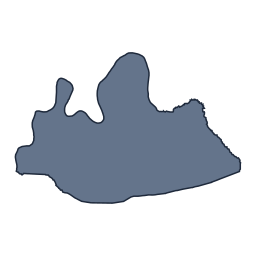 the district of Tumana, Upper River, Gambia
{"feature_id": "56634734B54781332377439", "entity_name": "Tumana", "entity_type": "district", "adm_level": 2, "iso_a3": "GMB", "parent_name": "Gambia", "parent_adm1": "Upper River", "projection": "mercator", "projection_center": [-14.08, 13.369], "detail": "fine", "context": "isolated", "style": "filled", "palette": "slate", "viewbox_px": 256, "rotation_deg": 0, "n_neighbors": 0, "source": "geoboundaries", "source_scale": "gbopen_adm2", "svg_char_len": 5507}
<svg xmlns="http://www.w3.org/2000/svg" viewBox="0 0 256 256"><path d="M91.1,202.8L98.1,202.9L98.6,202.9L112.2,203.1L113.9,202.9L119.0,202.1L123.6,201.4L130.8,197.1L131.3,196.9L133.9,196.2L137.4,196.2L137.7,196.2L138.8,196.1L140.0,196.0L142.2,195.7L142.9,195.6L144.6,195.5L145.3,195.4L148.6,194.9L152.6,195.0L155.1,194.8L157.3,194.4L164.0,193.6L164.4,193.5L164.6,193.5L165.4,193.5L166.5,193.0L175.8,190.6L177.3,190.5L182.3,189.3L183.2,189.1L189.2,188.0L191.3,187.6L192.3,187.6L195.0,186.7L198.3,186.1L200.0,185.6L207.1,183.6L211.1,182.5L211.0,182.4L211.4,182.2L216.9,180.2L219.8,179.0L234.7,173.3L239.4,171.5L239.4,171.3L239.5,171.1L239.5,170.2L240.3,169.2L240.3,167.2L240.3,165.6L240.3,163.4L240.6,162.9L239.9,162.1L239.6,161.2L240.0,160.9L239.8,159.9L239.1,159.0L239.0,158.7L238.9,158.6L238.6,158.2L238.4,157.9L237.5,158.1L237.0,157.8L235.8,156.6L234.7,156.5L233.1,154.6L232.1,154.6L231.2,152.7L230.1,152.3L228.9,149.1L227.9,149.0L226.8,147.6L226.9,146.9L225.1,146.8L224.3,145.5L224.0,144.3L222.4,143.4L222.4,142.2L221.4,141.6L221.1,139.6L220.1,138.9L218.7,137.4L217.8,137.0L217.3,136.3L217.0,135.4L217.0,135.0L215.4,135.0L214.6,134.6L213.9,134.1L213.9,133.5L213.0,132.9L212.7,132.4L212.4,131.9L212.2,131.8L212.0,131.7L212.0,131.2L212.0,130.9L212.0,130.6L211.6,130.3L211.1,130.6L210.8,130.6L210.6,130.3L210.2,129.4L209.5,129.0L207.6,126.6L207.3,125.1L206.5,124.2L207.3,123.2L207.1,122.3L206.9,121.4L206.3,120.8L206.3,119.8L205.9,119.3L205.9,117.7L205.0,117.2L204.3,116.9L203.9,116.2L204.0,115.1L204.4,114.3L204.5,112.4L204.2,111.8L203.4,111.9L203.1,111.9L202.8,111.5L202.5,108.4L204.3,108.3L203.8,107.5L203.5,106.9L203.0,106.6L202.9,106.4L203.4,105.9L202.6,105.3L202.9,104.6L202.9,104.2L202.0,104.5L201.7,104.3L201.4,104.1L201.4,103.8L201.4,103.0L199.5,103.2L199.3,102.7L199.0,102.4L199.1,101.8L198.3,101.8L197.9,100.6L197.4,100.6L197.3,100.0L196.1,100.1L195.5,99.5L194.3,99.3L194.3,99.9L193.5,99.9L192.3,100.0L191.7,99.3L190.9,100.3L190.2,100.1L190.2,101.2L189.2,102.2L189.1,102.7L187.2,103.7L186.1,103.4L185.5,103.5L184.5,103.6L184.3,104.7L183.4,104.7L182.6,105.5L181.5,106.3L179.7,107.0L179.7,106.5L179.2,106.4L178.7,106.0L177.2,107.5L176.4,107.3L175.8,107.3L175.5,108.2L174.6,108.1L173.5,109.3L173.4,110.2L173.4,111.2L172.9,112.0L170.0,112.0L168.2,111.6L167.5,111.6L166.7,111.1L165.7,111.6L165.4,111.9L164.2,111.6L163.9,111.4L163.7,111.2L163.7,111.5L163.1,111.5L162.5,111.5L161.9,111.6L160.8,111.5L159.3,111.6L157.7,110.7L156.7,109.8L156.5,108.8L155.8,107.5L155.0,106.7L153.9,105.7L150.9,103.0L150.5,102.6L149.9,101.6L148.9,99.3L148.2,96.7L148.3,93.9L148.1,92.7L147.7,90.2L147.7,87.9L148.0,84.0L148.2,82.0L148.4,80.5L148.8,76.9L149.0,75.5L149.0,75.0L149.0,72.7L148.5,70.0L147.7,67.7L147.4,66.8L146.4,63.3L145.4,60.9L144.8,59.2L143.8,57.4L142.2,56.0L139.2,54.5L139.0,54.4L137.4,53.9L134.2,53.2L132.6,52.9L131.4,52.9L130.5,52.9L128.6,53.0L126.9,53.8L125.3,55.0L124.6,55.4L124.0,55.6L121.1,57.2L120.3,57.5L118.5,59.4L117.4,60.3L116.3,61.6L115.0,63.7L114.8,64.5L113.2,66.8L113.1,67.0L111.4,69.2L110.4,70.8L108.8,72.9L108.3,73.8L106.3,76.8L104.4,78.8L103.6,79.5L103.1,79.9L102.3,80.8L100.6,82.1L100.0,82.8L98.9,84.6L98.5,86.0L98.0,87.9L97.5,90.1L97.6,89.9L97.3,90.9L97.3,92.1L97.2,92.9L97.2,93.9L97.2,94.4L97.2,94.8L97.2,95.4L97.3,96.6L97.5,97.9L97.5,98.2L97.6,99.4L98.3,102.2L98.6,103.3L99.3,104.9L99.9,106.1L101.9,110.6L102.2,111.6L102.8,113.2L103.8,116.6L103.8,119.0L103.6,119.6L102.6,121.2L101.2,122.5L99.0,123.1L97.1,123.1L94.9,122.3L93.2,121.4L91.6,120.2L91.0,119.6L89.6,118.4L88.5,116.9L87.7,116.0L87.2,115.3L86.5,114.2L85.1,112.8L84.5,112.4L82.9,111.5L81.7,111.0L80.1,110.9L80.1,111.0L78.8,111.2L77.5,112.0L76.3,112.9L74.3,114.7L72.2,116.0L69.0,116.3L67.8,116.2L66.6,115.6L65.7,114.4L65.3,113.5L64.7,112.2L64.6,110.7L64.6,108.7L64.9,107.0L65.7,104.7L66.8,103.1L67.5,101.9L68.1,100.8L68.3,99.7L69.0,99.2L70.0,96.5L72.8,90.1L73.0,88.5L72.7,87.3L72.2,85.5L71.6,84.5L70.7,83.5L69.6,82.3L68.9,82.0L68.7,81.9L67.8,81.4L66.9,80.8L66.1,80.1L65.2,79.7L64.6,79.3L62.9,78.7L61.9,78.4L61.0,78.3L60.1,78.5L58.9,79.2L58.0,80.6L57.1,82.4L57.1,83.3L56.5,86.2L56.5,90.1L56.5,92.3L55.8,102.7L54.9,104.9L54.2,106.5L53.1,107.9L52.1,108.8L50.4,109.9L48.4,110.8L47.4,111.5L46.2,111.8L44.7,111.9L43.0,111.9L42.7,111.8L40.5,111.4L39.2,111.0L38.1,111.0L36.5,111.2L35.5,112.1L35.1,114.4L34.7,115.5L34.3,116.9L32.6,121.0L32.6,121.5L32.3,122.4L32.2,124.1L32.3,127.0L32.7,128.5L33.2,130.1L33.7,133.1L33.7,135.1L34.1,136.7L33.8,138.7L33.8,140.4L33.7,140.6L33.3,141.5L32.7,143.0L32.3,143.8L29.6,145.8L28.8,145.9L26.9,145.9L26.6,145.9L22.1,146.5L19.0,147.9L18.1,148.9L17.4,151.1L15.6,154.8L15.6,155.2L15.4,156.5L15.4,157.3L15.5,158.1L15.9,160.5L16.2,161.9L16.6,163.6L16.7,164.1L16.9,165.1L16.9,166.4L17.0,166.7L17.0,167.4L16.7,168.1L16.7,168.8L16.7,169.7L16.5,170.5L16.4,170.7L16.3,171.3L17.7,172.1L18.2,172.1L18.4,172.3L18.6,172.7L19.1,173.2L19.5,173.7L20.3,173.9L21.2,173.9L21.4,174.3L21.5,174.5L22.0,174.9L22.9,174.3L23.5,173.5L24.8,173.5L27.7,173.7L29.1,173.7L30.3,173.8L34.4,174.0L45.5,174.5L45.9,175.0L46.5,175.0L47.1,175.0L47.3,175.1L48.3,175.1L49.3,176.3L49.3,176.6L50.3,177.2L50.4,177.3L50.7,177.4L51.8,178.1L52.5,178.9L52.6,179.0L53.1,180.0L53.9,180.0L55.4,182.6L55.8,184.0L56.0,184.3L56.2,184.6L55.9,185.3L56.9,186.2L57.3,186.5L58.0,187.2L58.8,188.0L58.8,188.3L59.6,188.7L60.5,190.1L62.0,190.1L62.8,192.1L64.8,192.7L67.1,193.0L67.3,193.0L69.2,194.0L69.4,194.1L70.4,194.7L73.4,196.8L74.5,197.6L75.0,197.9L81.6,201.3L87.7,202.3L88.5,202.4L91.0,202.8L91.1,202.8Z" fill="#64748b" stroke="#1e293b" stroke-width="1.5"/></svg>